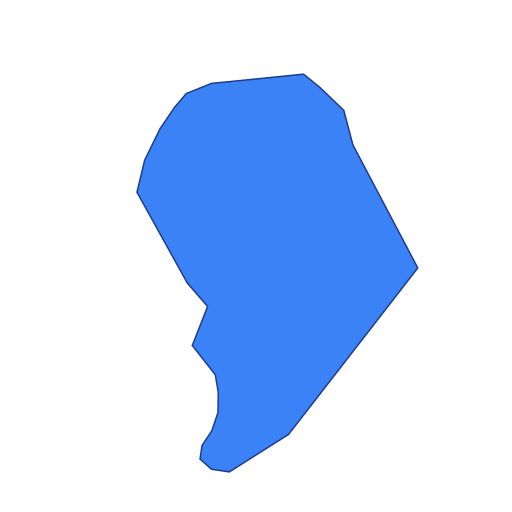 Štore, Albers equal-area conic projection, rotated 331°
{"feature_id": "SVN-997", "entity_name": "Štore", "entity_type": "Municipality", "adm_level": 1, "iso_a3": "SVN", "parent_name": "Slovenia", "parent_adm1": "", "projection": "albers", "projection_center": [15.32, 46.198], "detail": "fine", "context": "isolated", "style": "filled", "palette": "blue", "viewbox_px": 512, "rotation_deg": 331, "n_neighbors": 0, "source": "natural_earth", "source_scale": "10m", "svg_char_len": 454}
<svg xmlns="http://www.w3.org/2000/svg" viewBox="0 0 512 512"><g transform="rotate(331 256 256)"><path d="M273.9,80.1L300.9,83.5L385.7,120.0L393.4,139.0L403.4,171.1L394.6,205.9L391.7,344.9L198.0,427.8L128.0,431.9L113.7,421.0L108.6,406.5L116.9,395.6L132.7,387.4L146.9,374.4L156.9,356.9L162.8,340.2L156.9,303.4L189.2,276.7L182.8,246.3L182.8,142.5L205.1,118.2L233.9,98.1L256.8,86.5L273.9,80.1Z" fill="#3b82f6" stroke="#1e3a8a" stroke-width="1.5"/></g></svg>